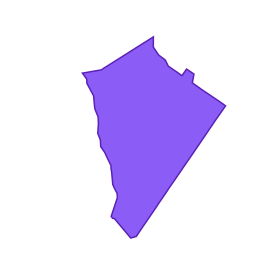 DeKalb, Georgia, United States of America, rotated 214°
{"feature_id": "52423323B8956150645688", "entity_name": "DeKalb", "entity_type": "district", "adm_level": 2, "iso_a3": "USA", "parent_name": "United States of America", "parent_adm1": "Georgia", "projection": "mercator", "projection_center": [-84.225, 33.792], "detail": "fine", "context": "isolated", "style": "filled", "palette": "violet", "viewbox_px": 256, "rotation_deg": 214, "n_neighbors": 0, "source": "geoboundaries", "source_scale": "gbopen_adm2", "svg_char_len": 852}
<svg xmlns="http://www.w3.org/2000/svg" viewBox="0 0 256 256"><g transform="rotate(214 128 128)"><path d="M196.5,148.0L189.6,145.5L187.0,142.0L174.6,135.5L167.3,126.6L165.7,125.0L158.9,120.4L154.8,114.8L150.1,106.7L144.2,102.6L140.2,97.3L133.8,94.8L121.1,87.3L119.3,84.8L116.9,82.3L109.0,72.6L107.0,71.4L106.7,71.1L100.5,67.7L98.1,64.6L97.8,64.1L92.5,45.3L90.2,44.5L88.7,45.3L64.2,38.3L60.5,42.7L60.5,54.4L60.4,66.0L60.3,78.2L60.4,82.7L60.3,95.1L60.3,96.9L60.3,97.6L60.4,101.3L60.2,110.8L60.2,111.5L60.2,115.4L60.1,132.7L60.1,133.3L60.0,137.4L59.9,154.9L59.8,184.5L59.5,200.9L65.3,201.1L88.4,201.1L94.5,201.3L99.8,201.3L103.5,209.6L112.4,209.6L112.5,201.6L127.8,201.8L129.2,201.8L135.1,205.2L143.3,205.6L152.2,209.2L157.9,217.7L162.7,206.9L175.2,178.4L180.0,167.5L182.7,161.2L196.5,148.0Z" fill="#8b5cf6" stroke="#5b21b6" stroke-width="1.5"/></g></svg>